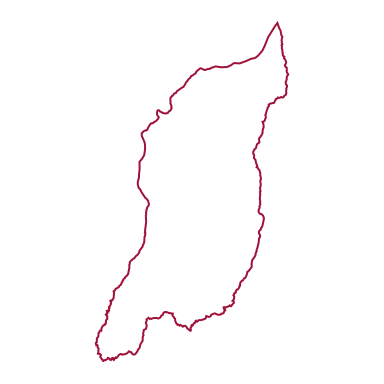 the district of Gisagara, Southern, Rwanda
{"feature_id": "39286606B87181547360532", "entity_name": "Gisagara", "entity_type": "district", "adm_level": 2, "iso_a3": "RWA", "parent_name": "Rwanda", "parent_adm1": "Southern", "projection": "robinson", "projection_center": [29.795, -2.608], "detail": "fine", "context": "isolated", "style": "outline", "palette": "rose", "viewbox_px": 384, "rotation_deg": 0, "n_neighbors": 0, "source": "geoboundaries", "source_scale": "gbopen_adm2", "svg_char_len": 6000}
<svg xmlns="http://www.w3.org/2000/svg" viewBox="0 0 384 384"><path d="M200.2,68.4L196.5,71.3L195.7,73.3L195.1,73.5L192.4,75.6L191.3,75.9L190.3,77.7L188.2,79.5L187.7,80.6L185.9,82.5L185.4,83.9L183.4,87.0L182.0,87.6L176.8,91.3L175.9,93.0L174.2,93.5L172.7,95.6L172.2,95.7L171.7,96.6L170.7,97.3L170.3,99.0L170.6,102.7L170.3,103.4L171.4,105.5L171.3,107.0L171.7,108.0L170.5,110.5L168.9,111.3L168.0,112.8L166.0,113.5L162.6,113.0L161.8,112.2L160.1,111.6L159.1,110.4L158.1,110.2L157.3,111.0L156.9,113.1L157.2,114.9L158.8,117.3L157.9,119.1L155.7,121.3L153.9,122.1L153.1,123.1L150.8,123.5L148.7,126.5L147.3,129.6L146.4,130.4L146.1,130.2L144.0,131.0L141.7,133.3L141.8,135.9L144.5,142.1L145.0,144.8L145.1,149.0L144.2,155.1L142.3,158.4L139.5,161.9L139.6,169.2L139.0,174.4L139.0,177.4L137.8,182.0L137.8,184.8L138.7,187.9L140.2,189.4L141.6,192.3L145.2,197.7L146.6,198.8L148.1,200.8L148.9,204.0L148.7,205.4L147.1,207.5L147.0,208.8L146.4,209.9L146.5,211.0L146.0,212.1L146.2,214.6L145.8,215.4L146.2,221.6L145.0,231.2L145.2,232.1L144.9,232.9L145.3,233.1L145.3,234.7L144.5,237.1L144.3,241.7L143.6,243.9L142.8,245.2L142.5,246.8L139.5,250.7L139.4,251.9L138.0,254.4L135.9,256.1L134.3,258.3L133.3,258.7L130.9,260.8L129.7,262.4L129.8,263.9L129.3,264.8L129.4,267.4L128.1,274.1L127.5,274.6L127.2,275.4L125.0,277.4L125.0,277.9L123.4,279.3L123.2,280.3L122.6,280.8L122.3,282.0L121.7,282.5L121.0,284.6L119.2,286.1L118.7,287.2L115.6,288.9L114.9,290.4L113.7,291.1L113.6,291.6L114.1,292.6L113.6,298.0L112.8,299.5L111.7,300.7L111.1,300.3L110.3,300.8L111.1,302.4L110.7,303.2L111.0,303.8L110.0,305.9L109.1,306.8L109.3,307.2L109.0,307.6L109.3,308.0L109.0,308.2L109.2,310.0L109.0,310.4L108.6,310.5L108.6,311.0L107.7,310.6L106.8,310.9L107.4,312.4L107.1,312.6L107.2,313.0L107.5,313.2L107.0,313.8L106.4,313.8L105.8,314.7L107.4,316.2L107.1,317.3L107.3,319.0L106.1,320.2L105.8,323.4L105.5,323.4L105.1,324.6L104.5,324.6L104.4,324.9L103.4,325.4L102.2,326.8L101.5,328.5L101.3,330.6L100.8,330.3L100.2,330.5L99.4,331.3L99.3,332.5L98.5,333.2L98.4,336.1L98.0,337.1L96.9,338.3L96.8,342.2L95.8,342.9L95.9,343.6L96.3,345.2L97.0,344.9L97.6,345.3L97.6,347.3L98.6,348.7L98.3,350.5L98.5,352.0L97.9,353.6L100.2,354.1L101.0,355.1L100.2,356.8L103.1,360.9L103.5,361.0L104.2,360.1L105.6,360.1L107.5,358.8L107.9,357.9L108.7,358.1L109.9,359.6L110.9,360.0L111.7,358.3L112.8,357.9L113.2,358.1L113.1,359.4L113.8,360.0L115.6,357.5L116.3,358.0L116.7,357.9L119.1,354.8L120.2,354.2L121.1,354.0L122.1,354.7L122.8,354.3L124.6,354.3L127.1,353.3L129.0,351.3L130.5,352.2L131.2,352.2L131.7,353.1L133.2,354.6L135.3,354.2L137.4,351.3L137.9,349.8L139.1,348.6L139.8,347.1L140.3,344.5L142.6,340.9L142.8,336.4L143.5,335.3L143.1,333.8L143.9,329.9L145.8,329.0L146.4,327.6L146.7,325.1L145.8,322.8L146.8,320.5L146.5,319.4L148.5,317.8L149.8,319.0L150.5,318.6L151.3,318.9L152.9,318.2L156.3,317.9L158.4,318.5L160.0,317.7L160.7,317.0L161.2,315.7L162.8,314.9L163.1,313.5L164.6,312.0L167.1,312.2L168.6,312.9L170.8,313.2L171.2,313.6L172.8,313.6L172.4,314.8L172.7,315.9L173.7,316.8L174.2,318.1L175.0,318.6L175.3,321.2L176.4,323.5L177.1,323.9L177.4,324.8L178.5,324.6L179.4,325.6L180.5,324.9L182.6,326.6L183.1,326.6L183.6,325.9L185.4,325.9L186.8,327.4L187.2,328.4L190.3,330.8L190.7,330.7L190.9,329.8L190.5,328.0L191.8,326.2L191.4,325.5L191.6,325.2L192.9,325.2L193.8,323.3L194.7,323.1L195.2,322.5L195.5,321.0L195.9,320.7L196.4,321.5L197.3,321.6L198.8,320.1L201.1,320.1L204.4,319.1L205.6,318.5L206.2,316.1L206.6,316.0L207.3,316.6L209.4,316.9L210.6,316.2L211.2,314.8L213.0,313.9L214.9,313.4L218.0,314.8L220.7,314.6L221.4,313.6L223.0,313.5L223.6,313.0L224.3,311.2L225.3,310.3L225.1,309.5L224.3,309.4L224.0,308.9L223.6,307.5L223.9,307.1L225.8,307.4L228.8,306.2L229.8,305.4L230.4,306.1L231.2,306.1L232.2,304.6L233.9,302.8L233.7,301.4L232.5,300.9L233.9,299.2L234.3,296.8L233.4,295.2L234.1,294.7L234.3,293.2L235.8,292.6L235.8,290.9L237.2,289.4L238.0,289.3L238.8,288.1L239.7,286.3L239.6,285.8L240.0,285.6L240.2,285.1L240.0,284.3L240.4,282.6L241.8,280.8L242.9,280.4L244.1,278.3L245.1,278.0L245.7,277.2L246.8,274.6L247.4,271.7L248.3,271.4L251.5,267.3L251.8,265.2L251.5,264.4L252.2,260.2L254.9,256.4L255.6,254.6L255.7,253.0L256.6,251.3L256.7,249.3L257.2,248.5L258.6,243.0L259.0,238.4L259.8,237.4L260.2,235.4L259.0,233.6L258.9,231.6L259.4,230.7L260.7,229.7L261.1,227.8L261.8,227.3L262.4,226.0L264.0,218.4L263.1,215.7L261.5,214.1L259.7,213.7L258.5,211.6L258.7,209.7L259.7,207.6L259.5,206.1L260.4,204.0L259.9,202.7L260.3,201.4L259.8,199.1L260.2,194.6L260.2,192.7L259.9,191.9L260.5,191.2L260.0,187.8L260.4,187.0L260.8,184.7L260.3,181.3L260.4,180.3L260.9,179.6L260.8,177.5L260.2,175.0L260.3,173.1L259.3,169.9L258.6,169.4L258.0,168.2L256.6,167.1L257.3,166.2L256.0,162.7L255.5,159.9L253.9,158.0L254.2,155.7L254.0,154.7L253.2,153.7L253.3,151.4L254.2,150.3L254.4,149.3L255.6,148.5L256.0,147.9L256.9,144.4L258.3,143.1L258.7,143.1L259.4,142.1L259.0,138.6L261.5,135.3L262.5,133.1L262.7,129.8L263.6,127.5L263.6,126.0L263.4,124.0L262.6,121.8L263.6,121.7L264.0,121.3L265.0,120.0L265.1,119.1L265.8,117.8L265.8,116.4L265.3,115.1L265.8,114.3L266.6,110.9L267.2,109.6L267.7,107.5L269.0,106.0L268.6,104.7L270.0,103.7L274.1,102.8L275.9,99.0L276.7,98.9L277.8,97.5L278.9,97.9L279.9,97.8L281.1,97.0L282.4,97.5L283.4,97.3L284.4,95.6L285.7,95.0L286.4,93.3L286.1,92.3L286.4,89.5L286.2,88.7L286.9,87.1L287.0,85.7L286.8,85.1L286.1,84.7L285.6,82.5L286.8,79.1L286.6,77.6L287.1,76.1L288.2,74.6L288.1,74.0L287.3,73.2L286.6,71.4L286.8,70.1L286.7,67.6L285.5,66.8L284.9,65.6L284.8,65.2L285.8,63.8L286.2,62.4L285.3,59.7L283.9,58.3L284.4,56.7L283.0,55.7L282.6,54.3L282.9,53.4L282.5,52.6L282.3,49.8L281.8,48.3L282.0,46.5L281.5,45.3L282.4,44.3L281.8,43.1L281.9,41.8L281.6,40.9L281.8,38.9L282.4,36.9L281.4,35.3L280.5,30.4L279.2,28.2L277.4,23.0L275.0,26.2L268.2,37.1L264.6,46.1L262.2,50.9L258.3,55.4L256.6,56.9L254.7,58.1L251.0,58.8L246.6,60.9L239.7,63.4L234.5,63.1L233.6,63.3L230.7,65.4L227.0,67.0L221.5,67.3L215.5,66.4L212.8,67.5L211.5,67.6L209.9,68.9L208.0,69.0L204.7,70.1L201.0,68.3L200.2,68.4Z" fill="none" stroke="#9f1239" stroke-width="2"/></svg>